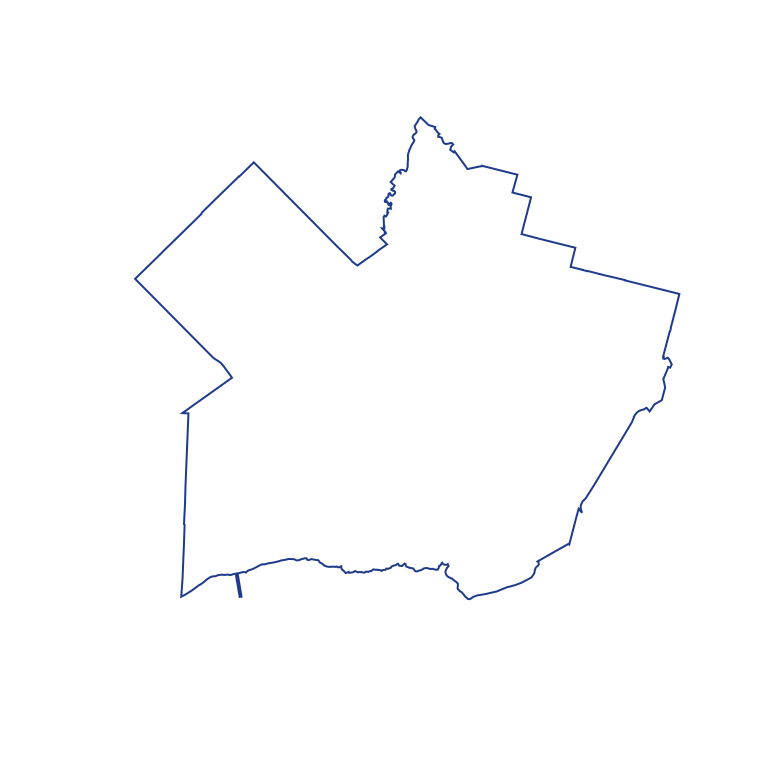 outline of Salisbury, South Australia, Australia, rotated 288°
{"feature_id": "25037944B95616539853674", "entity_name": "Salisbury", "entity_type": "district", "adm_level": 2, "iso_a3": "AUS", "parent_name": "Australia", "parent_adm1": "South Australia", "projection": "orthographic", "projection_center": [138.626, -34.768], "detail": "fine", "context": "isolated", "style": "outline", "palette": "blue", "viewbox_px": 768, "rotation_deg": 288, "n_neighbors": 0, "source": "geoboundaries", "source_scale": "gbopen_adm2", "svg_char_len": 6118}
<svg xmlns="http://www.w3.org/2000/svg" viewBox="0 0 768 768"><g transform="rotate(288 384 384)"><path d="M119.1,256.9L121.0,258.9L122.9,260.6L127.9,264.8L130.5,266.7L134.9,269.8L137.7,272.3L141.0,274.5L144.1,276.4L146.6,278.5L148.1,280.5L149.1,283.1L150.0,284.1L151.1,285.5L151.8,287.0L152.7,289.0L152.9,290.9L153.7,292.5L154.5,294.4L154.6,295.4L154.6,296.6L157.2,300.4L157.8,301.6L136.9,312.5L137.7,314.2L158.7,303.3L159.5,304.8L160.9,307.0L161.5,307.9L162.1,309.8L162.0,310.9L163.6,311.7L165.2,313.1L166.6,315.2L168.1,317.0L170.4,319.3L172.2,320.9L174.0,322.8L175.1,324.3L175.7,326.4L176.9,328.1L177.9,329.8L180.4,334.6L182.6,338.3L184.4,340.7L185.6,343.2L188.2,347.6L189.6,352.5L189.2,355.2L189.8,356.9L190.9,358.5L191.7,359.3L193.9,362.8L194.3,364.0L193.1,365.3L193.3,366.8L194.2,368.1L195.0,368.9L195.6,373.5L196.1,375.9L195.3,377.1L194.4,378.2L194.1,380.4L193.5,382.1L192.8,383.3L192.8,386.5L193.1,388.2L194.6,392.2L195.1,394.4L195.7,395.3L195.4,397.1L197.4,399.7L195.5,400.4L194.2,402.1L194.2,402.7L193.9,403.1L193.8,403.6L192.8,405.0L192.4,405.9L194.3,408.4L193.6,408.8L195.0,412.2L196.4,413.7L197.2,414.2L197.0,415.7L196.8,417.3L197.7,418.8L197.9,420.2L198.3,420.8L198.1,421.6L198.6,423.8L200.1,425.0L200.4,427.0L201.9,428.8L202.0,429.6L204.3,431.0L204.8,433.7L205.1,434.3L205.2,435.3L205.7,436.6L205.5,439.5L206.4,439.8L207.8,442.9L209.1,443.2L209.4,444.7L209.7,445.0L209.9,445.7L211.6,447.4L212.6,447.5L214.3,449.3L215.2,451.0L216.4,451.8L217.4,452.9L215.9,454.5L216.3,457.0L216.7,457.3L216.7,457.6L217.9,458.1L219.6,459.1L219.3,460.2L218.4,460.7L217.3,461.6L217.2,463.6L217.0,465.0L217.3,465.3L217.3,466.6L217.6,468.6L215.6,471.7L216.2,473.9L216.7,474.2L217.4,475.0L218.1,476.2L219.0,477.3L221.1,479.1L221.3,479.3L221.8,480.7L222.2,481.4L222.2,481.7L222.3,482.4L222.3,484.5L222.5,485.6L223.2,487.0L223.3,488.4L223.3,490.4L224.1,492.5L226.1,492.9L227.5,492.6L228.1,492.7L228.4,493.4L229.6,493.9L230.7,494.3L231.5,494.2L232.0,494.6L231.3,495.4L230.9,496.6L231.0,498.5L231.7,499.9L232.4,500.3L230.8,501.7L228.5,500.7L226.9,500.5L226.6,500.4L224.9,500.4L223.7,500.7L221.8,502.1L220.6,504.0L220.4,505.2L220.1,506.0L220.0,507.2L219.8,507.9L220.1,508.8L219.1,510.5L218.5,512.6L218.2,513.4L218.0,514.2L217.5,514.9L217.0,515.9L215.4,516.5L214.2,516.8L212.7,517.0L211.7,517.7L210.9,519.4L210.5,519.8L210.3,520.4L210.3,521.1L210.2,521.6L209.7,522.7L209.2,523.5L207.0,526.9L206.5,527.8L205.8,529.7L205.5,530.1L205.7,531.6L206.5,532.7L209.0,534.5L211.6,537.8L215.6,545.4L221.5,555.3L228.5,563.5L233.1,570.7L237.5,576.2L245.4,583.9L248.4,584.9L250.9,585.4L254.1,584.9L255.6,585.0L257.0,585.5L258.6,586.5L259.9,587.0L262.3,586.1L262.6,584.8L277.7,598.5L289.0,608.9L288.6,609.8L318.4,608.0L319.4,608.0L325.4,607.7L322.7,612.1L326.5,609.5L327.3,609.2L328.2,608.9L329.9,608.7L332.0,609.0L333.4,609.0L335.6,610.2L337.7,611.2L352.1,614.9L423.5,631.4L424.6,631.6L429.9,632.0L430.0,631.8L431.0,632.0L432.3,632.3L434.7,633.2L436.7,634.5L437.7,635.5L438.5,636.5L439.9,638.6L440.9,639.6L442.5,641.0L440.0,645.1L448.3,647.6L454.5,653.2L467.6,652.5L475.0,648.1L479.1,648.5L485.8,649.1L488.0,649.0L488.0,651.1L491.6,651.6L495.6,647.6L496.7,645.8L494.5,643.2L494.5,641.7L496.3,641.6L496.2,641.0L522.3,639.5L522.4,639.8L525.3,639.7L525.6,639.4L542.9,638.4L560.9,637.1L557.0,581.0L557.3,581.0L556.0,565.1L555.6,561.0L554.5,544.1L554.4,543.4L554.3,542.1L554.0,542.0L554.1,541.6L553.8,537.7L554.0,537.7L553.0,525.3L572.7,523.9L570.1,486.8L569.1,468.5L607.0,466.2L605.8,447.0L624.3,446.2L621.8,409.6L621.3,409.6L621.3,409.3L614.2,396.9L616.5,394.0L627.2,379.2L626.7,379.0L625.8,378.8L627.2,374.6L630.6,374.5L633.2,375.8L634.1,374.1L634.1,373.6L631.8,369.7L631.5,368.9L631.3,368.0L631.5,366.8L631.8,366.3L632.7,365.3L636.0,362.8L636.1,360.3L636.0,359.5L635.9,359.2L637.0,358.8L637.8,358.9L638.9,359.5L639.0,359.2L639.6,357.9L640.2,356.8L641.7,354.9L642.3,353.4L644.2,353.3L644.1,346.3L648.9,336.4L648.1,336.1L646.9,335.4L646.1,335.2L643.0,334.7L640.5,333.9L638.6,333.5L638.0,333.8L636.3,335.0L635.8,335.6L634.7,336.6L634.3,336.9L632.9,337.0L632.4,336.7L631.8,336.4L631.3,335.8L630.9,335.8L630.1,335.1L629.0,334.9L627.6,334.9L627.2,335.1L626.6,335.7L625.6,337.2L624.8,337.6L624.3,337.6L623.0,337.3L621.1,336.8L619.2,336.3L615.6,336.1L614.7,335.8L613.0,335.9L611.3,335.8L608.9,336.1L607.3,336.6L604.9,337.5L603.5,337.8L601.9,338.2L600.9,338.4L599.3,339.0L597.6,339.4L594.7,339.5L593.4,339.3L593.1,339.2L593.0,338.9L592.9,338.2L593.6,336.8L593.5,336.2L593.2,334.5L593.0,334.1L592.5,333.5L592.0,333.1L590.9,333.1L590.7,333.4L590.5,334.2L590.0,334.7L589.5,334.7L590.2,333.0L590.6,331.7L586.8,329.8L584.2,330.3L583.6,330.3L578.2,327.9L575.8,332.8L573.0,332.1L572.4,331.7L571.8,330.9L571.4,330.8L571.2,330.8L570.9,331.1L570.7,332.1L570.6,332.7L570.7,333.8L570.6,334.4L570.4,334.8L570.0,335.2L568.8,335.6L568.5,335.5L566.0,334.1L565.6,333.6L565.5,333.2L565.6,332.7L565.9,332.0L567.2,331.0L567.0,330.1L566.6,329.7L566.4,329.6L565.6,329.7L564.0,330.2L563.2,330.1L562.6,329.8L562.1,328.9L561.5,329.0L560.9,328.9L559.6,328.4L559.2,328.0L558.9,328.0L558.5,328.4L557.7,328.6L557.5,329.0L557.6,329.3L558.2,329.5L558.6,329.9L558.5,330.7L558.3,330.9L557.9,331.0L557.5,331.3L557.4,331.6L557.4,332.1L557.3,332.3L556.0,332.7L555.8,332.8L555.7,333.1L555.7,333.3L555.9,333.6L556.3,334.0L556.8,334.2L558.0,334.3L558.5,334.5L558.4,334.8L557.9,335.2L557.6,335.6L557.2,335.6L556.5,335.4L556.1,335.4L555.0,335.5L554.0,335.7L552.9,336.4L551.9,333.4L548.3,334.0L548.4,334.9L546.6,334.8L543.9,334.1L544.2,332.4L542.5,332.1L533.9,335.3L534.0,335.6L532.0,336.3L531.4,334.0L528.9,338.5L528.3,338.1L527.7,339.1L522.2,335.0L517.7,343.7L509.0,337.1L507.7,336.4L506.2,335.3L502.9,333.0L496.6,328.1L496.1,327.6L495.1,327.0L494.7,326.7L488.5,322.1L489.4,319.1L490.6,315.9L491.7,314.4L498.3,301.2L500.0,297.6L554.6,191.7L536.7,182.3L536.8,182.0L506.1,165.8L490.7,157.8L489.3,157.8L457.2,141.0L453.6,139.1L441.7,132.8L439.9,132.0L407.1,114.8L356.3,213.2L355.5,215.6L354.6,219.2L353.7,222.1L351.5,225.8L343.0,237.5L294.0,201.2L295.6,207.1L224.7,227.0L208.8,231.7L188.9,237.1L188.4,237.9L170.7,243.0L136.4,252.6L119.1,256.9Z" fill="none" stroke="#1e3a8a" stroke-width="2"/></g></svg>